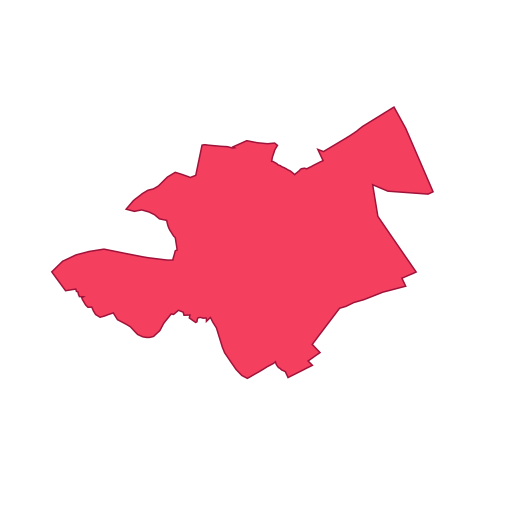 Morogoro Urban, Morogoro, United Republic of Tanzania (orthographic projection), rotated 64°
{"feature_id": "72390352B88942039906388", "entity_name": "Morogoro Urban", "entity_type": "district", "adm_level": 2, "iso_a3": "TZA", "parent_name": "United Republic of Tanzania", "parent_adm1": "Morogoro", "projection": "orthographic", "projection_center": [37.659, -6.786], "detail": "fine", "context": "isolated", "style": "filled", "palette": "rose", "viewbox_px": 512, "rotation_deg": 64, "n_neighbors": 0, "source": "geoboundaries", "source_scale": "gbopen_adm2", "svg_char_len": 3356}
<svg xmlns="http://www.w3.org/2000/svg" viewBox="0 0 512 512"><g transform="rotate(64 256 256)"><path d="M275.9,68.7L206.9,65.5L182.6,66.7L183.5,75.7L186.2,102.8L187.0,106.9L187.9,110.5L189.0,118.3L189.8,126.9L190.9,139.9L191.7,149.6L187.3,153.7L199.7,153.9L199.6,158.1L199.7,162.9L199.7,164.8L199.9,167.4L199.8,168.9L199.9,172.1L199.1,173.0L198.1,174.3L198.1,175.3L197.5,176.4L197.5,177.0L197.6,178.2L198.1,179.1L198.5,180.4L198.5,180.6L199.0,182.5L199.4,184.5L199.8,185.6L197.3,186.6L195.4,187.5L194.3,188.1L192.5,189.6L190.4,190.9L188.2,192.6L187.6,193.3L186.8,193.8L185.5,194.5L183.7,196.3L182.1,196.8L180.0,198.3L178.6,199.2L177.7,200.4L174.3,197.9L171.3,194.9L169.0,192.7L167.5,190.6L166.0,188.2L162.7,189.7L160.1,196.5L154.9,205.0L148.8,213.1L148.3,213.8L148.2,216.8L148.1,220.6L147.8,228.7L149.3,227.8L148.7,229.5L148.6,229.9L145.3,233.6L142.0,239.5L138.0,246.1L135.7,249.9L133.4,253.4L132.7,255.9L157.1,274.8L156.6,280.7L154.9,282.2L150.3,286.7L145.4,291.9L146.2,301.0L147.4,304.6L150.3,313.0L150.7,319.0L149.9,322.4L149.5,324.6L149.8,327.4L150.1,330.9L150.7,333.4L151.8,339.0L152.5,341.9L154.4,346.3L157.0,352.2L162.6,345.7L163.3,342.9L164.5,338.5L168.2,334.4L169.8,332.6L170.8,331.9L174.4,329.1L179.6,326.8L180.2,326.6L182.1,324.2L184.8,320.7L189.7,321.8L192.5,322.1L195.0,322.1L197.2,321.8L200.0,321.5L201.9,321.3L204.0,320.5L210.9,322.6L216.0,324.2L215.9,326.2L216.4,326.6L216.5,326.8L217.9,327.9L221.9,331.6L223.0,332.5L223.1,332.4L223.2,332.5L222.7,333.6L220.6,337.8L210.4,353.5L207.2,358.0L199.5,368.2L196.5,372.2L189.9,380.8L183.2,389.6L182.9,390.5L178.8,403.9L177.8,408.9L176.1,417.3L176.0,427.9L176.0,430.2L175.9,432.0L178.0,438.3L180.2,444.9L180.7,446.5L187.6,445.3L201.3,442.8L203.7,442.4L206.7,432.5L209.1,432.9L210.2,431.8L212.7,432.4L215.1,432.5L217.0,429.0L217.2,430.9L218.8,431.1L225.3,430.6L228.5,429.5L229.9,426.0L234.3,426.2L238.3,425.8L241.1,424.0L242.7,423.0L243.6,418.2L243.9,414.3L244.6,409.2L244.8,409.2L252.5,408.4L261.0,402.2L264.6,399.9L271.5,397.8L274.6,396.8L275.6,396.0L279.0,393.2L281.2,390.1L282.4,387.7L282.8,386.3L283.4,383.3L283.0,382.1L281.9,378.5L280.9,375.1L276.2,368.7L274.9,366.1L270.9,357.6L272.4,355.7L270.8,349.5L274.1,346.5L274.6,346.1L277.7,346.7L280.1,341.2L282.4,343.1L284.3,342.1L287.2,340.5L289.3,339.3L289.2,337.9L286.8,336.2L286.1,335.0L287.0,332.6L288.8,330.7L289.7,328.1L289.8,328.1L290.7,328.1L293.0,329.2L291.3,324.1L291.3,323.9L291.6,323.9L296.9,323.8L303.1,323.1L303.9,323.2L304.0,323.2L305.3,323.4L323.2,326.2L329.2,326.6L329.3,326.6L334.0,325.9L341.1,324.9L342.9,324.6L344.8,324.3L349.1,323.7L357.2,321.1L362.2,317.4L362.1,315.3L361.6,308.5L361.4,304.5L360.9,298.7L360.4,294.4L360.4,293.2L360.3,290.0L360.2,287.3L359.6,284.9L361.8,285.3L363.5,285.2L366.1,284.7L367.2,283.9L369.7,282.9L371.0,281.7L373.1,280.2L374.3,280.4L377.9,280.4L378.6,280.5L379.3,280.5L379.3,280.4L379.1,263.6L379.0,259.4L379.0,253.2L373.2,255.2L371.6,245.6L370.9,240.8L365.0,242.7L360.1,244.2L357.0,238.1L354.5,233.3L353.7,231.6L352.4,229.1L351.6,227.5L349.9,224.2L348.2,220.8L339.6,203.8L340.7,197.4L340.7,197.0L340.7,188.5L342.5,178.4L342.9,173.5L344.0,159.5L344.0,159.1L344.0,158.4L345.1,153.0L345.9,149.0L348.5,135.9L348.8,134.7L339.9,134.6L340.6,120.4L340.6,119.1L295.0,126.0L273.8,129.1L243.1,119.9L255.5,109.1L258.2,104.5L275.8,74.2L275.9,68.7Z" fill="#f43f5e" stroke="#9f1239" stroke-width="1.5"/></g></svg>